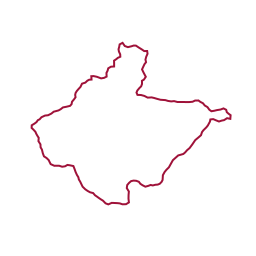 the district of Indaiatuba, São Paulo, Brazil, rotated 297°
{"feature_id": "56859067B18588423436389", "entity_name": "Indaiatuba", "entity_type": "district", "adm_level": 2, "iso_a3": "BRA", "parent_name": "Brazil", "parent_adm1": "São Paulo", "projection": "albers", "projection_center": [-47.191, -23.112], "detail": "fine", "context": "isolated", "style": "outline", "palette": "rose", "viewbox_px": 256, "rotation_deg": 297, "n_neighbors": 0, "source": "geoboundaries", "source_scale": "gbopen_adm2", "svg_char_len": 2540}
<svg xmlns="http://www.w3.org/2000/svg" viewBox="0 0 256 256"><g transform="rotate(297 128 128)"><path d="M186.0,213.6L186.4,211.0L187.0,208.8L188.8,207.2L188.8,204.2L186.5,202.1L184.3,199.1L182.5,197.0L180.8,194.7L181.2,192.2L182.7,189.3L182.9,186.2L184.1,183.5L184.1,180.6L184.5,178.3L182.9,175.3L180.7,173.6L178.8,170.6L177.4,167.8L175.8,164.5L173.6,160.2L172.9,156.9L171.3,154.4L170.3,151.4L169.8,148.6L167.9,144.1L167.1,140.3L166.6,137.6L166.0,135.2L164.0,131.7L164.0,128.0L163.3,124.6L161.8,121.4L163.4,119.5L165.6,119.3L168.7,120.0L171.1,120.8L173.6,120.5L176.4,119.0L178.3,120.2L181.7,120.6L184.6,116.5L186.6,113.9L189.4,113.8L192.3,113.7L194.8,114.2L196.9,112.5L199.7,111.9L203.0,111.7L205.3,110.1L203.9,107.5L204.3,104.6L204.6,100.9L205.0,97.7L204.1,95.7L202.4,94.0L200.0,91.2L199.6,87.9L201.4,84.5L198.7,82.6L196.4,83.3L193.9,83.8L192.0,85.2L190.1,87.6L188.0,88.8L185.9,87.1L184.0,86.3L181.7,85.0L178.7,86.6L176.5,87.7L174.9,85.0L172.2,83.3L169.8,83.8L167.3,83.8L164.1,85.6L161.8,83.9L160.0,81.5L159.5,77.0L158.6,73.7L157.5,71.8L154.6,73.5L153.4,71.5L151.7,70.3L149.1,69.4L146.6,66.9L143.0,67.0L140.2,66.2L137.7,65.6L135.5,65.4L133.5,65.9L131.6,67.3L129.0,66.9L126.0,66.2L123.6,66.9L121.4,66.3L119.0,63.5L116.8,60.7L114.2,59.5L112.1,58.1L110.4,56.2L108.8,54.4L106.1,53.2L103.1,51.0L101.4,48.4L98.3,46.0L95.6,45.3L94.0,44.1L91.7,43.8L89.5,42.7L86.7,41.0L84.3,42.1L83.7,44.2L82.6,47.2L81.2,48.9L80.0,50.7L78.7,52.9L75.6,54.2L73.7,57.4L71.1,58.9L69.7,61.1L66.9,63.5L64.6,66.0L64.3,69.0L63.4,71.9L62.1,73.6L60.7,75.5L60.9,79.5L63.1,83.7L63.6,86.9L65.3,89.3L67.6,90.8L68.4,93.2L69.3,96.6L67.2,99.0L65.0,101.3L63.0,103.8L61.6,106.1L59.8,107.6L58.6,109.6L57.0,111.7L55.1,114.2L54.0,117.7L53.6,120.6L53.5,123.4L54.2,126.5L53.1,129.1L52.8,131.4L52.4,133.9L52.1,136.3L51.9,138.7L50.7,142.2L51.0,145.1L53.9,147.5L55.0,149.9L56.3,152.8L57.1,154.9L57.5,157.7L59.2,160.8L62.1,162.6L65.3,160.5L68.6,158.9L71.8,157.6L73.9,154.2L76.8,153.2L79.7,153.9L82.1,154.9L83.7,156.9L84.7,159.3L85.0,162.1L83.9,164.3L83.6,166.9L83.6,170.1L85.7,172.4L87.5,174.0L88.1,176.2L89.8,178.1L91.1,180.2L92.7,181.6L95.3,182.4L97.4,182.4L99.3,181.6L101.8,180.5L105.4,180.6L108.2,181.2L111.5,182.3L114.5,182.4L119.7,182.6L126.4,185.2L128.3,187.3L130.0,189.1L132.2,190.0L135.0,190.7L138.1,192.0L142.9,192.8L147.7,193.4L151.7,195.1L154.7,196.3L158.0,195.8L160.2,196.2L164.1,197.5L166.5,198.0L170.9,198.1L173.0,197.5L174.6,199.9L174.8,203.0L175.1,206.1L177.2,208.2L178.6,210.0L181.7,211.8L182.6,215.0L186.0,213.6Z" fill="none" stroke="#9f1239" stroke-width="2"/></g></svg>